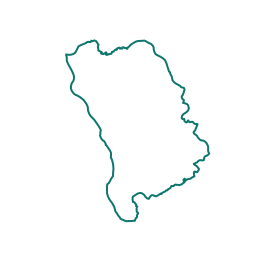 outline of Phonthong, Champasak, Laos, rotated 202°
{"feature_id": "54806243B67434402908614", "entity_name": "Phonthong", "entity_type": "district", "adm_level": 2, "iso_a3": "LAO", "parent_name": "Laos", "parent_adm1": "Champasak", "projection": "mercator", "projection_center": [105.67, 15.132], "detail": "fine", "context": "isolated", "style": "outline", "palette": "teal", "viewbox_px": 256, "rotation_deg": 202, "n_neighbors": 0, "source": "geoboundaries", "source_scale": "gbopen_adm2", "svg_char_len": 5721}
<svg xmlns="http://www.w3.org/2000/svg" viewBox="0 0 256 256"><g transform="rotate(202 128 128)"><path d="M207.8,165.2L200.9,159.5L198.6,157.1L197.7,156.0L197.2,155.1L196.7,153.8L196.4,152.4L196.3,151.2L196.8,149.0L196.9,147.7L196.7,146.4L196.4,144.8L196.0,143.9L195.4,142.9L194.1,141.4L192.1,140.1L190.7,139.4L189.1,139.1L187.3,139.1L184.2,138.7L179.8,137.4L178.3,136.5L175.5,134.7L173.2,132.5L171.7,129.4L170.6,128.1L169.2,126.6L168.1,125.7L166.9,125.0L162.2,122.9L156.7,119.3L154.2,117.5L153.2,116.7L152.3,115.4L152.0,113.5L151.4,112.3L151.2,110.8L150.4,109.7L149.8,109.1L148.4,107.9L147.2,107.3L146.4,107.0L145.6,107.0L143.9,105.9L143.0,105.2L142.6,104.5L142.3,104.0L142.1,103.8L141.5,103.8L139.3,102.4L136.0,100.1L134.6,98.7L133.8,97.1L133.3,95.7L133.0,94.3L131.2,92.8L128.8,89.6L127.9,88.2L126.3,85.0L125.0,80.8L124.2,78.7L123.9,77.5L124.3,76.2L124.7,73.9L124.8,71.8L125.2,69.7L126.1,68.1L125.6,65.8L124.7,63.7L123.0,59.7L121.3,57.4L119.2,55.4L117.2,54.0L114.5,52.4L111.4,49.9L110.1,48.3L108.5,46.1L107.8,45.6L106.5,44.9L104.4,43.2L102.0,42.0L101.2,41.2L100.7,41.0L99.8,40.9L97.9,41.0L96.0,40.8L94.7,41.0L93.7,41.4L92.2,42.1L89.8,43.1L87.8,44.2L87.0,44.5L87.0,45.8L86.9,46.3L87.0,47.1L86.8,47.6L86.4,48.2L86.3,48.6L86.4,49.1L87.0,50.3L86.9,51.1L86.9,51.7L86.8,52.1L86.6,52.3L86.6,52.6L86.8,52.9L87.1,53.2L87.9,53.4L88.5,53.7L88.8,54.2L89.1,54.9L89.3,55.6L89.8,56.2L90.1,58.1L90.0,58.5L90.7,58.7L91.3,58.7L91.4,59.0L91.4,59.4L91.6,60.0L92.1,60.4L92.6,60.5L93.1,60.6L93.9,61.4L94.6,61.5L95.8,61.4L96.2,62.2L97.0,63.5L97.3,64.3L97.7,65.4L97.7,66.2L94.6,70.7L92.5,72.3L91.7,72.5L90.7,72.7L87.8,72.0L86.9,71.3L85.7,70.6L83.8,69.9L82.3,70.1L82.0,70.5L82.1,71.4L81.3,73.9L81.0,74.4L80.5,74.7L79.4,75.1L77.8,75.0L77.0,75.0L76.5,75.2L75.9,75.6L75.3,76.3L73.3,79.2L72.7,79.1L72.4,79.2L72.2,79.6L72.3,80.2L70.8,82.1L69.9,82.9L69.6,83.5L69.2,84.5L68.4,84.8L68.2,85.0L68.0,85.4L68.0,86.0L67.3,86.9L66.4,87.9L66.2,88.3L66.1,90.1L65.9,90.5L64.9,90.9L64.4,90.9L64.2,91.0L64.0,91.3L63.6,92.3L63.5,92.6L62.8,93.3L62.5,93.4L62.2,93.3L60.0,94.1L59.4,94.1L57.9,95.2L57.0,96.1L56.8,96.4L56.4,97.5L55.6,98.5L55.3,99.3L55.5,99.5L56.6,99.9L56.9,100.2L57.1,100.8L57.0,101.3L56.7,102.0L56.4,102.2L56.2,102.1L56.0,101.9L55.8,101.1L55.5,100.9L55.2,100.8L54.8,100.9L54.6,101.1L54.1,102.2L53.6,102.8L51.1,104.4L50.5,105.5L49.9,106.3L48.5,107.9L48.4,108.3L49.3,109.4L49.9,110.6L50.2,111.7L50.2,112.1L50.1,112.4L49.7,112.6L49.2,112.7L48.8,112.6L48.0,112.7L47.6,112.8L47.2,113.3L47.1,114.0L46.7,115.8L46.9,116.5L47.1,116.8L47.5,117.1L48.2,117.3L49.1,118.0L50.0,118.4L52.4,118.8L53.2,119.1L53.5,119.4L53.5,119.6L52.6,120.1L52.1,121.1L51.4,121.7L51.1,121.9L50.4,123.9L50.0,124.4L49.2,125.1L48.7,125.3L47.0,125.8L45.8,126.5L45.7,126.6L46.1,127.9L46.2,129.7L45.8,130.8L44.9,131.6L44.1,132.5L43.5,133.6L43.3,134.3L43.2,134.8L44.5,135.9L44.9,136.5L45.5,137.6L46.4,140.1L47.1,141.2L48.9,142.9L50.0,143.6L51.2,144.1L52.4,144.5L53.7,144.5L55.3,144.0L56.0,144.0L56.2,143.9L56.6,144.0L59.4,145.2L61.3,146.7L62.4,147.1L63.3,147.2L64.2,147.4L64.9,147.8L65.4,148.3L65.6,148.8L64.9,151.2L64.9,157.4L65.1,157.6L65.8,157.5L66.4,157.1L67.2,156.9L68.0,156.9L68.8,157.2L69.6,157.7L70.1,157.9L70.9,157.8L72.1,157.0L73.0,156.5L73.5,156.5L73.9,156.7L74.8,157.5L75.3,157.2L75.4,155.6L75.9,155.1L76.7,155.0L78.2,155.6L78.7,156.3L79.0,157.2L79.3,157.4L80.2,156.9L80.9,156.8L81.3,156.9L82.0,157.4L82.2,158.3L82.4,159.7L82.0,161.1L81.4,162.3L80.4,163.5L79.5,165.2L78.9,166.6L78.9,168.7L78.9,169.1L79.5,169.8L80.3,170.9L81.2,171.9L82.0,172.2L83.7,172.3L85.1,172.1L86.3,172.0L86.4,174.2L86.6,174.7L86.9,174.9L88.5,175.4L89.2,175.9L89.9,177.0L90.0,177.8L89.6,179.1L89.6,181.4L89.7,182.3L89.9,183.0L89.9,184.7L90.2,185.1L91.2,186.1L94.1,185.8L95.6,186.6L100.7,187.2L103.1,188.0L104.7,189.1L106.3,191.5L107.0,192.4L109.0,193.9L109.7,195.0L110.1,195.5L111.1,195.7L115.0,200.4L116.4,202.2L119.1,204.8L121.8,205.7L124.3,206.2L128.4,206.5L130.0,206.8L131.4,207.9L132.2,208.7L132.9,209.5L133.7,210.7L134.3,212.1L135.4,213.3L135.9,213.6L138.2,214.6L141.0,214.6L144.5,215.2L145.4,215.2L151.0,212.5L152.5,211.6L153.8,210.2L155.6,207.8L156.5,206.5L157.9,203.0L158.3,202.7L158.4,202.4L158.4,201.4L158.6,201.1L158.9,201.0L159.1,201.1L159.5,201.6L160.2,201.2L160.6,201.0L160.8,200.9L161.9,201.1L162.6,201.1L163.1,200.8L163.3,200.7L163.1,199.9L163.1,199.6L163.3,199.3L164.1,199.3L164.4,199.2L164.9,198.7L165.1,198.6L165.4,198.8L165.7,199.3L166.0,199.3L166.8,198.7L167.7,197.9L167.9,197.7L167.9,197.3L167.7,196.5L167.8,196.3L167.9,196.2L168.3,196.4L168.7,196.3L169.0,195.8L169.4,195.2L169.6,194.8L169.8,193.9L170.0,193.4L170.3,193.1L171.1,192.9L171.3,192.6L171.4,192.1L171.2,191.1L171.2,190.8L171.3,190.6L171.9,190.2L172.8,189.8L173.3,189.2L173.6,188.9L173.9,188.9L174.2,189.0L174.3,188.9L174.8,188.0L175.1,187.8L175.5,187.8L175.9,187.9L176.8,188.6L177.0,188.8L177.0,189.0L176.9,189.1L176.2,189.3L176.2,189.5L176.3,189.8L176.7,189.9L177.0,189.7L177.5,188.4L177.7,188.1L178.6,187.3L179.0,187.2L179.6,187.7L179.9,187.8L180.1,187.6L180.3,187.1L180.5,186.9L180.9,187.0L181.0,187.1L181.0,187.3L180.8,187.9L180.8,188.3L181.0,188.5L182.2,188.6L183.0,188.6L183.9,188.7L184.6,188.9L184.8,189.2L184.9,189.7L185.0,190.0L185.9,191.3L186.5,192.3L186.5,192.6L186.4,193.7L186.5,194.1L186.8,194.4L187.3,194.5L188.1,195.2L188.2,195.4L188.8,195.7L189.6,196.3L190.1,196.5L190.5,196.6L191.1,196.6L191.6,196.7L192.3,196.3L193.3,195.4L194.2,195.1L194.7,195.1L194.7,194.1L194.9,193.8L195.2,193.5L196.9,193.0L197.3,193.0L197.9,192.4L198.3,192.1L198.8,191.0L202.8,187.2L204.5,185.1L204.8,180.8L205.2,178.1L205.7,177.2L206.2,176.4L206.9,175.7L207.9,174.9L209.9,173.8L212.8,173.0L212.6,172.3L212.2,171.8L211.8,171.4L211.4,170.9L210.0,167.6L209.2,166.7L207.8,165.2Z" fill="none" stroke="#0f766e" stroke-width="2"/></g></svg>